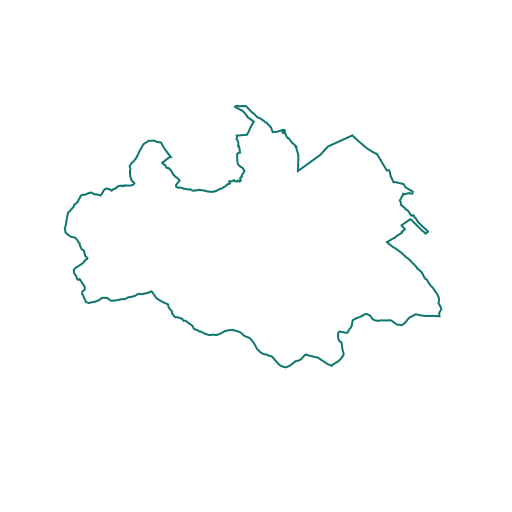 the district of Barcani, Covasna, Romania, rotated 144°
{"feature_id": "2599482B23843789943329", "entity_name": "Barcani", "entity_type": "district", "adm_level": 2, "iso_a3": "ROU", "parent_name": "Romania", "parent_adm1": "Covasna", "projection": "albers", "projection_center": [26.11, 45.703], "detail": "fine", "context": "isolated", "style": "outline", "palette": "teal", "viewbox_px": 512, "rotation_deg": 144, "n_neighbors": 0, "source": "geoboundaries", "source_scale": "gbopen_adm2", "svg_char_len": 6123}
<svg xmlns="http://www.w3.org/2000/svg" viewBox="0 0 512 512"><g transform="rotate(144 256 256)"><path d="M174.9,375.1L175.7,381.4L176.1,383.4L177.8,384.6L178.6,384.8L178.9,385.4L181.5,386.9L181.9,387.8L183.6,388.9L184.6,389.2L185.3,389.0L181.5,381.0L181.0,376.6L180.9,374.9L181.3,374.1L181.2,373.3L179.6,368.7L179.4,367.0L178.8,366.0L184.5,363.5L189.2,360.7L192.0,359.4L200.8,364.7L201.0,363.9L203.0,362.0L203.1,360.0L203.7,358.1L204.4,356.9L205.8,355.5L205.3,355.3L205.5,354.1L207.0,351.4L208.1,349.0L209.9,349.7L211.3,349.6L214.8,344.7L216.2,342.1L216.6,340.5L216.5,338.8L215.1,335.0L215.2,332.9L215.6,331.4L220.2,329.5L220.7,329.0L220.8,328.5L223.0,328.4L223.6,327.2L223.7,326.2L224.5,325.8L225.7,325.9L226.1,327.7L227.5,327.5L229.2,328.8L229.2,330.3L231.4,330.6L233.9,332.2L234.4,331.2L234.4,330.0L236.1,330.2L236.6,330.7L237.4,330.8L240.2,330.3L241.4,330.7L243.9,330.8L247.1,331.7L250.1,332.0L251.5,332.8L252.0,332.7L253.0,333.1L253.2,333.5L254.5,334.2L257.7,337.1L258.7,338.7L259.3,339.0L259.4,339.3L262.9,342.8L264.7,343.9L265.5,344.0L266.5,344.5L267.2,345.2L268.2,345.5L269.1,346.4L269.9,348.6L271.1,349.0L271.4,349.6L272.6,350.4L273.0,350.8L273.2,351.4L275.0,353.0L275.8,354.6L278.0,356.6L278.7,356.8L279.1,357.5L279.8,358.6L279.6,359.7L278.8,360.5L273.5,361.9L273.3,362.3L273.4,363.6L274.2,366.4L274.8,367.7L274.7,368.9L275.0,369.7L274.9,370.6L275.1,371.3L274.4,374.6L274.7,375.6L274.5,376.3L275.0,377.5L275.0,378.7L276.2,379.5L276.6,380.4L276.0,382.8L277.3,385.6L277.2,386.4L276.9,386.8L275.6,386.5L271.6,386.8L267.9,386.7L266.7,386.1L266.9,391.7L266.9,397.7L266.1,403.6L269.0,406.5L270.1,408.4L271.4,409.8L273.0,410.7L273.8,411.5L275.1,412.3L281.4,412.6L287.7,409.7L295.2,405.7L299.9,404.4L301.7,404.4L305.4,403.1L306.3,400.4L308.5,398.2L310.8,394.6L312.3,390.0L311.5,386.6L311.9,386.1L313.8,385.9L316.6,387.0L320.4,390.0L321.0,390.4L321.5,390.1L322.0,390.3L322.3,391.1L323.5,391.4L323.5,391.8L323.9,392.3L326.1,393.4L328.2,393.6L328.4,393.2L329.0,393.2L332.3,393.6L332.9,394.1L334.4,393.7L335.4,396.3L337.3,398.4L338.2,398.8L340.3,398.7L344.9,396.6L346.3,396.4L349.0,399.9L350.1,400.4L351.5,403.0L351.6,403.8L352.0,404.2L354.0,405.0L354.4,405.4L355.4,405.3L357.1,405.9L358.2,405.9L360.2,407.4L361.1,407.7L363.1,407.4L364.8,406.3L365.9,406.1L367.9,404.8L369.1,404.7L370.5,404.1L372.3,404.5L374.5,403.2L378.8,402.0L382.4,401.6L385.0,399.4L392.1,392.4L394.4,390.9L395.0,389.2L396.1,387.6L396.2,386.8L396.1,385.3L394.3,380.1L391.5,377.1L391.2,373.5L391.6,371.4L391.2,370.2L392.3,367.9L393.0,364.3L392.7,362.8L392.1,361.6L392.1,361.1L393.4,358.7L393.4,357.7L394.1,356.7L393.6,353.4L394.4,352.9L396.9,353.0L399.2,352.1L403.2,352.0L408.4,352.5L411.7,351.8L412.0,350.8L413.2,349.4L413.3,345.3L414.0,343.6L414.2,342.3L414.1,341.4L412.3,341.0L412.7,331.7L414.4,329.4L416.8,329.4L417.5,329.2L418.5,328.2L419.1,327.1L418.9,325.8L419.5,324.2L420.2,320.2L420.7,318.9L418.8,316.1L416.1,315.2L413.8,313.9L411.0,313.0L409.1,312.8L408.0,312.4L405.7,312.8L403.4,311.5L400.9,309.2L399.9,305.6L399.5,305.0L396.1,302.8L389.7,299.8L387.4,298.2L383.4,297.6L381.8,296.6L377.5,294.9L374.1,294.6L373.1,294.3L371.2,292.6L369.9,291.9L364.5,289.4L363.4,289.5L361.2,288.7L361.3,280.1L358.6,273.7L355.6,268.6L356.8,265.9L356.9,263.0L356.5,261.0L356.7,260.0L357.8,258.8L357.5,256.9L357.6,254.6L357.1,253.7L355.9,253.0L353.7,250.3L353.5,249.6L352.6,248.5L352.7,246.1L351.6,245.6L351.0,244.8L348.5,237.0L348.6,235.4L348.9,235.0L349.0,234.2L348.8,232.6L348.1,232.2L347.3,231.0L346.7,229.9L346.5,229.0L344.1,225.6L343.5,223.9L340.3,219.5L339.2,218.6L337.7,218.2L335.6,216.3L334.1,215.4L334.2,215.2L331.2,214.2L325.6,213.6L322.9,212.6L320.5,211.3L317.7,209.2L314.8,205.4L313.4,203.2L312.4,198.2L309.7,194.0L309.1,192.0L308.8,187.6L309.8,180.1L308.8,174.8L307.2,171.7L305.0,169.6L304.3,168.0L302.6,166.0L301.9,164.0L301.9,161.6L301.2,154.7L300.5,152.6L299.9,151.5L297.5,148.5L293.4,147.4L285.4,147.6L283.3,146.4L281.6,146.1L280.0,146.0L274.9,147.2L273.1,146.7L272.7,145.5L265.6,137.2L261.4,126.0L259.1,122.6L257.5,123.1L252.3,122.4L248.6,122.8L244.1,124.1L242.5,125.4L241.3,129.0L237.8,135.5L238.5,138.4L238.2,139.9L237.5,141.8L235.0,145.2L233.9,145.8L232.7,145.7L228.9,141.5L227.6,140.4L226.2,140.5L223.8,141.8L221.3,142.3L219.8,143.1L215.5,147.2L211.7,146.7L206.9,145.4L202.2,144.9L200.4,143.9L199.0,141.2L198.7,140.0L198.8,136.6L197.7,134.1L195.2,131.7L192.2,130.1L188.1,127.0L185.1,125.1L184.3,123.7L182.2,117.6L178.7,114.3L175.1,114.3L168.5,116.0L160.9,115.0L158.4,112.0L154.4,108.0L147.3,103.0L143.0,99.4L141.3,102.3L137.3,104.0L136.6,106.0L136.1,110.5L133.7,112.8L132.7,114.7L131.9,118.2L131.7,125.2L131.6,126.4L132.1,129.0L132.2,131.6L131.7,136.4L132.5,138.4L132.5,139.1L131.5,145.4L131.9,146.9L132.0,148.7L132.9,150.6L132.7,153.3L134.2,163.5L135.3,167.1L136.5,173.4L137.0,174.6L137.7,177.4L140.4,184.1L140.6,185.4L141.7,188.8L141.5,189.5L141.8,190.2L134.7,189.6L133.5,189.2L130.6,189.5L124.2,189.0L123.9,189.9L119.9,190.0L120.2,195.3L109.6,195.1L108.7,192.8L108.8,191.8L107.7,185.4L107.5,184.4L106.6,178.3L106.0,176.9L105.7,174.5L104.9,174.3L103.4,174.7L102.8,174.4L102.4,174.7L102.5,175.4L103.7,181.1L105.0,188.6L104.6,191.9L104.6,192.5L105.0,193.2L104.8,195.4L104.6,195.7L105.3,196.2L105.2,196.8L105.4,197.2L106.6,197.4L106.8,198.3L106.3,202.8L107.6,206.4L107.5,207.5L108.0,210.1L108.7,212.1L107.2,214.5L107.0,216.4L101.6,218.9L100.5,219.9L99.7,218.7L95.7,217.2L94.9,216.7L94.7,215.9L92.8,214.6L91.3,216.1L92.2,217.7L94.6,223.6L94.7,224.8L94.3,226.8L94.4,227.5L99.4,233.4L101.4,234.9L100.0,241.7L98.4,245.2L98.0,246.9L98.0,247.4L99.9,248.3L98.2,267.6L99.8,270.0L103.0,278.1L105.4,288.0L107.2,296.9L133.4,302.3L144.9,300.0L172.1,300.1L163.5,311.2L161.8,314.0L161.5,315.6L159.8,319.8L159.8,321.1L159.2,321.0L159.5,323.6L160.3,326.5L160.3,331.9L160.8,332.3L161.2,334.2L160.2,337.9L160.2,339.0L160.7,339.6L161.4,339.0L161.7,339.2L161.5,339.7L161.8,340.2L161.7,341.0L161.4,341.4L159.5,340.1L158.7,340.5L159.2,341.4L160.4,342.4L164.8,343.7L166.8,344.6L169.7,346.5L168.4,350.9L168.4,353.6L168.9,354.7L169.0,357.6L169.8,358.6L170.4,361.1L171.6,364.5L173.5,367.8L173.9,371.7L174.9,375.1Z" fill="none" stroke="#0f766e" stroke-width="2"/></g></svg>